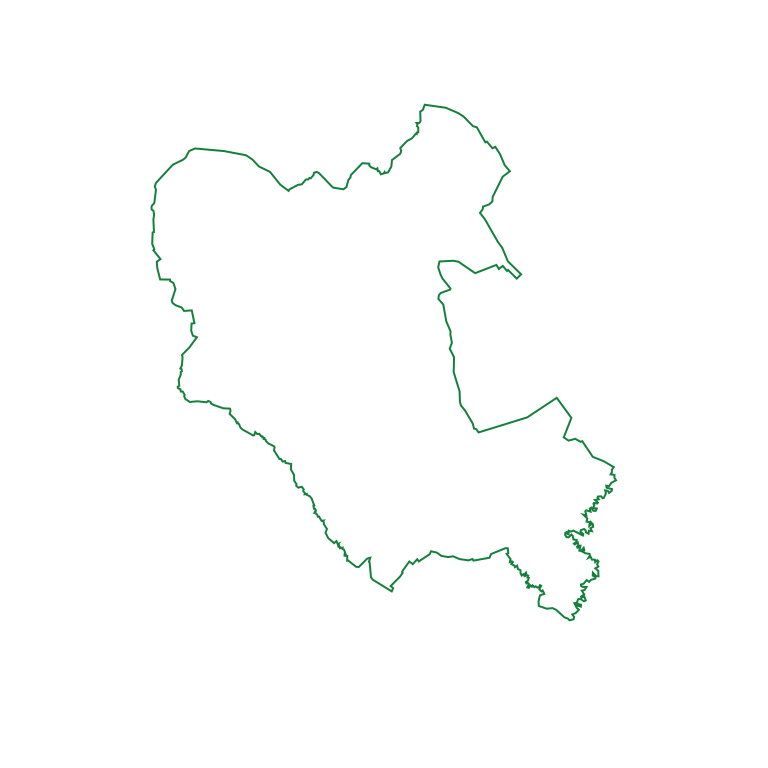 outline of Chakkarat, Nakhon Ratchasima, Thailand, rotated 159°
{"feature_id": "78962969B888378696775", "entity_name": "Chakkarat", "entity_type": "district", "adm_level": 2, "iso_a3": "THA", "parent_name": "Thailand", "parent_adm1": "Nakhon Ratchasima", "projection": "robinson", "projection_center": [102.436, 14.968], "detail": "fine", "context": "isolated", "style": "outline", "palette": "green", "viewbox_px": 768, "rotation_deg": 159, "n_neighbors": 0, "source": "geoboundaries", "source_scale": "gbopen_adm2", "svg_char_len": 6162}
<svg xmlns="http://www.w3.org/2000/svg" viewBox="0 0 768 768"><g transform="rotate(159 384 384)"><path d="M451.1,187.6L448.6,190.1L450.2,193.0L438.1,198.4L434.3,201.0L434.5,202.0L433.4,203.0L424.0,209.2L421.7,205.5L415.8,208.5L415.1,205.9L402.2,208.8L400.1,211.0L395.0,207.6L392.0,202.9L386.1,199.4L381.3,198.4L376.1,193.4L368.4,189.1L364.1,188.9L363.8,187.1L347.8,184.0L345.0,186.9L329.5,187.2L327.3,186.2L328.6,181.6L330.4,181.5L328.6,175.2L330.3,172.7L328.1,172.6L327.5,171.5L329.7,170.3L327.2,167.6L327.4,166.1L324.8,166.6L325.3,163.3L323.3,161.2L324.3,158.6L324.1,155.8L322.1,156.5L321.4,153.4L320.8,156.1L319.0,157.0L319.3,154.2L318.1,153.4L319.4,151.9L318.3,151.0L320.0,148.9L322.6,148.2L322.5,146.8L321.0,146.8L320.4,145.4L323.1,142.8L321.8,141.8L319.4,143.5L318.6,141.8L317.4,142.7L316.5,140.5L315.0,140.8L313.7,138.9L311.8,139.0L310.4,140.3L309.6,139.3L312.6,136.5L311.3,133.9L309.9,134.4L309.5,130.6L314.1,130.8L317.6,125.8L319.0,121.3L312.6,115.9L307.0,114.4L304.3,111.6L299.2,101.5L296.2,98.9L295.5,96.9L291.3,96.4L290.0,98.4L290.8,101.4L287.3,101.4L283.0,103.4L284.3,105.9L284.8,111.2L283.7,110.9L283.4,108.1L280.0,105.6L279.2,107.4L281.5,108.8L282.2,110.8L279.9,113.5L277.8,113.2L275.2,109.5L273.2,109.7L273.2,113.8L276.0,113.8L276.2,114.9L272.5,115.8L273.4,120.2L270.7,119.8L267.7,121.9L271.4,123.5L272.4,125.0L272.0,126.2L269.3,126.0L265.1,128.3L263.5,125.8L260.9,127.0L256.4,126.7L255.7,128.1L257.8,130.3L256.6,133.0L254.8,128.6L252.7,127.6L250.9,132.9L252.8,136.2L249.3,136.7L249.7,139.2L247.3,141.5L248.2,143.1L250.6,142.0L250.1,144.4L252.8,145.5L253.0,148.6L255.4,148.4L253.2,150.1L253.0,151.7L256.6,153.8L258.9,156.4L256.6,156.9L256.3,159.5L260.0,157.6L261.4,158.4L258.5,162.6L259.6,163.0L260.7,161.5L262.1,161.9L262.1,163.0L260.4,163.6L259.9,166.6L263.3,165.8L263.9,166.9L260.9,167.8L260.0,169.3L262.9,171.0L262.2,174.6L263.0,176.3L266.6,174.7L268.4,175.6L269.0,178.2L267.9,180.2L266.4,180.3L266.5,178.3L265.6,177.6L264.1,180.8L262.4,179.2L259.8,179.3L252.6,171.3L251.7,172.5L253.6,175.7L252.6,177.0L249.1,176.9L248.2,175.1L248.7,173.2L246.7,170.9L245.3,173.6L242.6,172.1L243.0,175.5L240.0,175.7L239.2,178.1L240.2,180.5L240.9,178.6L243.2,178.0L241.4,181.2L244.2,182.9L242.4,185.6L244.7,190.5L242.2,188.8L241.7,193.0L240.5,193.6L236.9,190.8L236.5,193.9L234.8,194.3L234.1,190.7L231.9,189.7L230.0,191.5L233.3,193.3L231.2,195.5L231.4,197.1L230.7,197.7L227.8,196.0L226.8,196.6L228.6,200.1L224.8,199.4L225.4,201.5L224.5,202.3L221.5,201.3L220.8,199.1L219.8,198.8L216.0,202.3L215.7,205.5L213.4,204.1L212.9,201.6L209.7,202.7L208.8,204.2L213.3,207.3L212.9,209.4L210.4,208.0L207.1,210.3L201.9,210.9L202.5,213.9L201.4,216.6L204.8,218.4L202.8,220.1L202.1,222.2L199.3,224.1L206.5,233.1L215.2,241.2L219.4,259.6L221.3,259.6L225.1,264.3L232.0,265.0L235.3,269.8L221.2,285.2L227.7,309.2L262.3,301.5L313.1,304.9L314.0,308.8L315.9,310.1L315.3,315.0L317.8,330.1L319.9,336.4L319.5,340.2L316.1,349.9L314.7,370.1L309.0,383.9L310.0,393.4L305.8,398.2L304.4,406.1L303.0,409.3L303.4,420.2L300.2,436.8L302.7,444.0L301.0,447.2L298.5,448.6L288.4,448.5L287.7,449.3L291.6,461.4L292.0,466.0L291.6,473.5L288.3,478.5L275.1,474.2L270.6,471.4L259.2,454.8L236.4,454.9L235.5,450.2L230.8,451.7L228.6,445.4L227.3,446.0L222.3,434.8L216.7,437.3L224.4,454.1L224.8,468.7L226.8,476.0L230.8,501.9L233.1,509.3L229.4,511.6L228.0,514.1L221.6,514.0L217.5,515.5L215.5,519.7L198.9,535.0L190.2,537.5L192.9,545.0L193.3,556.9L195.1,565.5L198.2,565.2L201.1,573.4L202.8,573.3L205.3,590.3L208.5,592.8L213.7,604.8L217.5,610.2L227.2,619.7L245.9,630.1L249.6,625.9L252.6,625.3L255.7,616.3L257.4,615.1L260.1,616.0L259.7,614.5L260.8,613.0L260.1,611.1L261.8,606.7L263.1,607.0L263.8,605.7L264.4,606.4L269.7,603.4L275.5,602.6L284.3,598.4L284.4,595.5L286.3,593.1L296.3,590.2L299.2,584.4L304.4,580.1L307.7,580.6L307.6,581.6L308.9,580.7L311.8,580.9L312.1,584.3L313.5,584.9L312.9,587.7L314.3,587.2L318.5,591.1L319.4,593.2L318.8,595.0L325.1,597.9L340.1,590.9L341.4,588.8L344.0,587.4L348.5,581.3L352.0,580.3L361.2,585.6L369.1,604.1L370.8,606.1L373.7,606.3L374.9,604.4L378.7,602.3L379.8,603.1L381.3,602.1L383.6,602.9L389.1,599.9L393.0,600.7L402.4,599.6L403.9,598.5L409.4,607.3L414.4,622.9L422.8,631.9L426.4,640.7L430.8,647.0L449.9,658.8L476.0,671.6L482.5,671.3L488.1,666.4L491.2,665.4L502.6,664.4L524.9,653.4L527.2,650.6L527.3,647.0L533.6,635.2L537.0,633.5L538.0,631.7L538.3,630.0L537.2,628.4L537.8,624.7L540.3,620.3L544.3,608.3L545.7,608.4L550.2,597.8L550.1,592.2L551.4,591.5L547.9,580.7L552.3,579.6L554.2,573.1L555.5,561.8L546.4,558.2L546.8,556.7L544.4,553.9L544.7,547.3L552.3,537.9L552.3,535.3L550.3,532.2L545.5,528.0L544.5,523.9L537.1,521.6L539.2,508.7L542.0,509.4L544.9,502.8L545.1,497.6L541.9,494.7L552.7,487.8L562.2,483.5L562.4,481.3L566.0,473.8L568.6,471.4L567.7,470.6L568.0,468.4L569.4,468.0L570.6,465.3L574.2,461.5L575.7,455.8L577.7,455.2L577.8,453.8L575.9,452.0L576.4,449.8L574.6,449.1L574.0,445.2L575.0,444.1L574.8,441.1L571.7,436.8L564.5,434.8L556.4,430.6L554.2,431.2L552.5,429.5L552.3,427.3L549.2,424.3L542.7,418.9L536.6,416.2L536.9,414.0L538.8,411.3L535.6,404.4L535.4,401.0L534.5,400.7L535.1,399.8L533.8,399.0L533.6,394.6L532.4,392.2L524.6,382.9L523.5,382.7L521.4,385.3L520.3,382.8L518.3,382.2L517.5,379.5L516.2,378.5L516.7,377.7L515.2,376.6L515.9,375.7L514.4,374.6L514.7,373.2L513.4,370.1L509.0,365.3L508.9,363.9L510.5,361.5L508.5,351.5L507.1,350.9L506.5,348.0L504.0,347.5L504.2,345.6L499.3,342.6L501.5,337.6L500.6,331.3L502.5,325.8L501.6,322.0L502.4,320.5L501.2,318.0L497.6,317.5L496.7,314.4L497.8,313.0L496.9,310.4L497.6,309.5L495.5,309.1L495.9,308.3L493.5,305.8L492.6,302.9L492.7,295.6L493.5,295.7L494.1,292.6L493.1,292.3L492.9,290.7L494.7,289.1L493.7,289.1L494.4,287.9L493.2,285.9L493.3,283.8L492.2,283.6L491.4,278.7L489.5,278.2L490.3,277.8L489.7,277.0L490.4,274.5L489.2,269.1L491.9,266.1L491.3,260.1L487.6,253.3L484.7,254.4L484.6,251.2L483.6,251.2L484.5,250.6L484.7,249.4L483.9,249.3L484.6,248.2L483.6,247.6L483.9,246.5L481.3,246.1L481.9,245.0L480.7,243.6L480.8,238.5L481.7,239.3L482.4,237.8L479.9,236.7L481.7,232.3L480.9,232.3L475.5,223.3L473.1,222.2L462.3,227.0L459.1,226.7L461.8,223.4L461.3,222.9L465.4,208.1L464.6,205.3L451.1,187.6Z" fill="none" stroke="#15803d" stroke-width="2"/></g></svg>